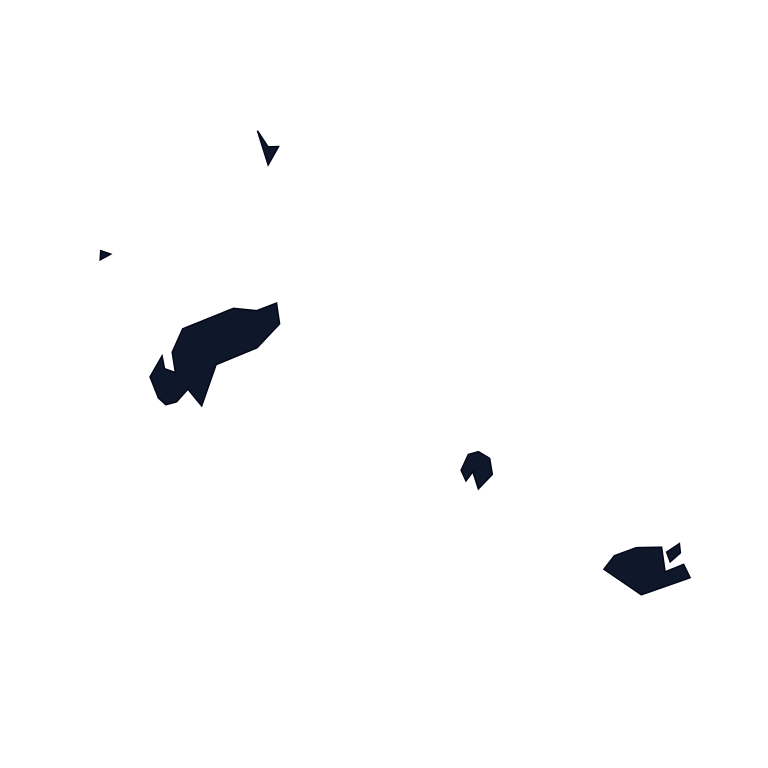 Temotu, orthographic projection, rotated 342°
{"feature_id": "SLB-1934", "entity_name": "Temotu", "entity_type": "Province", "adm_level": 1, "iso_a3": "SLB", "parent_name": "Solomon Islands", "parent_adm1": "", "projection": "orthographic", "projection_center": [166.516, -11.046], "detail": "coarse", "context": "isolated", "style": "filled", "palette": "ink", "viewbox_px": 768, "rotation_deg": 342, "n_neighbors": 0, "source": "natural_earth", "source_scale": "10m", "svg_char_len": 776}
<svg xmlns="http://www.w3.org/2000/svg" viewBox="0 0 768 768"><g transform="rotate(342 384 384)"><path d="M306.8,273.8L303.3,294.5L274.5,310.3L230.3,313.7L203.8,348.5L195.9,328.3L181.1,336.9L170.1,336.3L165.1,327.5L163.7,304.9L181.6,288.7L180.0,301.6L189.1,308.7L192.4,288.3L209.6,269.3L264.2,265.5L285.6,274.9L306.8,273.8ZM597.6,625.0L593.3,649.5L613.2,648.1L615.3,662.8L563.6,664.0L535.9,628.1L550.0,618.5L573.5,617.6L597.6,625.0ZM459.1,503.4L441.3,513.0L441.4,494.9L432.0,501.5L430.7,489.8L442.4,477.1L452.9,477.5L461.5,487.4L459.1,503.4ZM347.0,122.6L357.1,125.6L341.5,139.9L341.9,104.0L347.0,122.6ZM615.6,627.1L613.7,636.2L601.2,641.6L600.8,631.2L615.6,627.1ZM164.2,176.0L152.4,178.2L155.8,169.7L164.2,176.0Z" fill="#0f172a" stroke="#020617" stroke-width="1.5"/></g></svg>